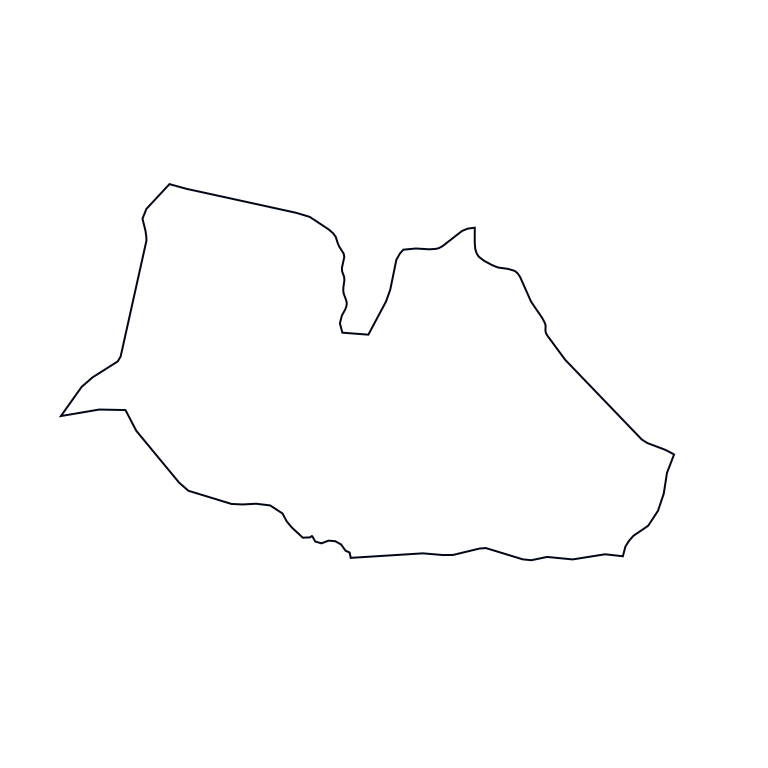 map outline of Tartus (Robinson projection), rotated 287°
{"feature_id": "SYR-135", "entity_name": "Tartus", "entity_type": "Province", "adm_level": 1, "iso_a3": "SYR", "parent_name": "Syria", "parent_adm1": "", "projection": "robinson", "projection_center": [36.109, 34.945], "detail": "fine", "context": "isolated", "style": "outline", "palette": "ink", "viewbox_px": 768, "rotation_deg": 287, "n_neighbors": 0, "source": "natural_earth", "source_scale": "10m", "svg_char_len": 1627}
<svg xmlns="http://www.w3.org/2000/svg" viewBox="0 0 768 768"><g transform="rotate(287 384 384)"><path d="M360.9,683.6L342.9,683.1L325.7,678.1L311.9,667.0L306.1,664.3L299.2,662.4L289.1,662.8L285.8,645.2L271.4,615.7L266.3,590.5L258.6,576.5L256.9,568.1L256.9,529.4L254.6,523.5L240.7,500.0L237.7,490.5L233.4,470.6L208.0,403.0L212.8,400.4L213.3,396.0L218.0,389.9L219.4,383.3L218.0,376.8L213.3,370.7L213.3,364.2L217.3,360.1L217.5,359.5L215.7,358.1L213.3,351.3L219.7,338.0L224.2,331.1L230.5,324.8L234.6,310.6L232.1,296.7L227.5,284.1L224.7,273.3L224.7,228.2L229.7,217.0L266.8,160.8L283.5,144.4L276.3,119.1L258.9,84.4L259.2,84.5L292.9,95.7L305.1,103.3L327.8,122.8L333.3,124.1L451.7,114.9L454.9,113.8L460.6,111.2L471.5,104.7L482.0,105.6L512.4,120.4L512.9,138.3L522.0,249.6L522.1,264.1L515.6,286.0L513.2,291.4L510.5,294.9L505.1,298.6L502.3,301.0L496.9,307.3L493.8,308.9L482.7,309.8L479.5,311.0L474.7,314.6L471.6,315.8L464.5,316.9L461.2,317.8L458.4,319.2L453.5,323.0L450.9,324.6L447.8,325.3L444.4,325.2L437.1,323.7L429.1,324.1L420.9,329.2L426.6,354.6L463.4,361.8L476.1,362.4L506.5,359.5L513.5,361.1L518.1,363.2L522.9,374.9L526.1,388.1L528.4,394.1L530.0,396.8L533.0,399.7L553.2,413.9L557.1,418.7L560.0,425.1L545.5,429.5L539.4,432.0L536.9,433.8L535.6,434.8L533.6,437.2L532.5,439.8L531.1,443.7L529.4,452.0L528.9,456.3L528.8,459.5L530.3,468.6L530.4,474.9L530.1,476.9L528.7,479.7L526.1,482.9L505.7,500.6L493.3,516.1L490.0,519.4L487.3,521.4L482.2,522.8L480.7,523.6L479.5,524.5L478.4,525.6L460.1,550.2L406.3,646.7L404.5,653.2L403.3,672.0L401.5,681.8L401.4,682.0L381.8,680.6L360.9,683.6Z" fill="none" stroke="#020617" stroke-width="2"/></g></svg>